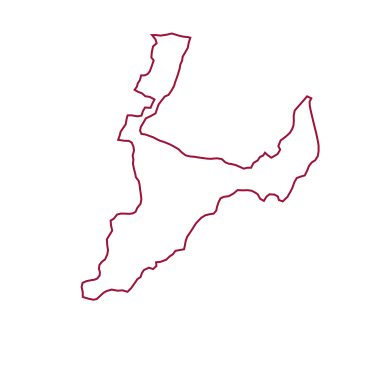 the district of São José de Ribamar, Maranhão, Brazil, rotated 24°
{"feature_id": "56859067B58306550614975", "entity_name": "São José de Ribamar", "entity_type": "district", "adm_level": 2, "iso_a3": "BRA", "parent_name": "Brazil", "parent_adm1": "Maranhão", "projection": "robinson", "projection_center": [-44.138, -2.581], "detail": "fine", "context": "isolated", "style": "outline", "palette": "rose", "viewbox_px": 384, "rotation_deg": 24, "n_neighbors": 0, "source": "geoboundaries", "source_scale": "gbopen_adm2", "svg_char_len": 3012}
<svg xmlns="http://www.w3.org/2000/svg" viewBox="0 0 384 384"><g transform="rotate(24 192 192)"><path d="M127.7,51.7L124.7,52.3L120.6,53.7L116.9,54.4L113.1,54.9L109.1,55.4L105.3,58.3L99.7,61.9L95.5,63.2L91.7,64.9L96.5,67.4L99.2,70.5L97.2,74.8L98.4,80.5L100.2,85.7L103.5,87.4L104.4,98.8L103.5,102.2L101.5,104.6L98.1,106.2L98.9,110.8L98.3,114.9L98.8,118.3L98.0,122.0L101.5,122.4L106.2,122.2L110.4,123.5L114.8,122.3L120.1,122.7L119.8,127.5L119.9,132.0L114.7,133.9L114.3,138.1L114.8,142.7L111.7,144.9L108.6,145.8L105.4,146.6L102.0,148.2L102.5,151.6L103.9,157.1L102.3,165.8L103.0,170.1L103.3,174.4L109.4,172.7L113.5,171.0L116.9,171.4L120.3,174.7L122.2,177.8L123.0,182.9L125.2,186.1L126.6,190.3L130.3,195.4L132.7,198.3L134.6,201.2L138.8,203.6L141.3,206.9L143.4,210.6L145.9,214.4L148.7,219.2L149.8,223.7L148.5,228.5L148.5,233.1L146.6,235.6L143.6,237.5L140.1,238.8L135.9,240.6L132.7,243.1L131.4,248.3L129.3,251.2L131.6,255.4L134.8,259.7L133.5,269.9L136.4,275.4L139.0,279.4L140.0,283.6L140.0,288.9L138.0,292.6L137.1,296.4L138.3,300.1L140.5,302.7L141.6,305.9L140.5,309.8L138.3,312.0L135.4,313.8L131.7,316.5L129.0,319.5L129.8,323.7L132.9,327.9L134.9,332.3L140.8,331.6L145.8,330.5L148.5,328.5L150.5,323.9L152.2,320.0L154.2,317.3L158.4,313.8L164.0,312.5L168.5,310.1L173.7,309.4L175.5,304.6L176.6,299.1L177.6,293.8L179.6,290.6L179.2,286.0L179.9,282.7L183.4,278.7L187.8,278.2L189.6,274.1L187.8,270.8L191.5,268.7L195.9,264.5L197.9,259.7L199.8,256.8L200.8,252.5L205.3,249.4L208.0,247.6L207.3,243.9L206.2,239.4L205.8,234.8L206.7,230.0L207.5,225.0L208.3,219.2L210.9,211.9L213.5,208.0L216.5,205.6L220.6,202.9L221.7,199.1L220.9,195.4L220.4,190.4L220.6,186.2L223.0,183.5L227.5,180.7L230.7,176.2L232.8,171.8L238.0,169.7L241.9,167.8L245.9,166.6L249.7,166.8L252.9,167.3L257.1,170.5L261.3,170.9L261.9,166.0L263.7,162.6L268.4,160.8L272.3,161.2L274.7,164.0L278.7,163.7L281.2,157.7L281.9,150.3L282.0,146.7L281.5,141.6L282.0,136.7L284.6,134.1L288.3,131.0L288.5,125.5L288.3,120.4L289.4,116.3L291.7,112.7L292.3,107.9L291.1,103.4L288.9,98.4L287.2,95.6L284.6,92.0L281.5,87.7L273.7,77.7L267.0,68.9L264.4,65.1L262.7,61.6L262.9,57.9L258.2,57.8L256.9,62.3L252.7,75.8L253.9,81.0L256.1,85.6L257.6,89.8L257.9,93.7L257.4,98.0L255.1,103.4L252.0,108.8L252.2,114.9L255.3,117.4L254.8,122.4L252.5,125.7L250.5,128.4L245.9,127.5L242.7,126.4L242.2,129.7L239.8,132.4L239.2,136.4L236.4,140.4L236.1,145.8L232.7,147.3L229.8,149.6L221.2,149.6L217.2,150.3L213.6,151.3L210.2,151.3L205.8,149.8L201.0,151.1L198.3,152.6L195.6,154.1L191.5,155.6L184.2,157.7L179.4,159.0L175.8,160.3L171.3,161.1L166.5,160.0L162.4,158.4L158.0,157.9L152.7,157.5L148.2,157.6L145.0,157.8L141.7,158.2L138.6,158.1L134.6,157.8L130.3,158.1L126.2,158.4L122.2,159.5L119.6,157.1L118.8,153.5L119.3,149.1L119.9,143.4L123.3,139.6L126.7,135.0L126.2,129.9L125.9,125.5L127.0,120.8L128.3,115.8L131.1,112.8L132.0,107.7L132.5,102.4L132.0,99.1L131.7,94.9L131.4,91.1L130.6,84.7L129.5,80.2L129.5,76.0L128.4,72.0L129.0,67.4L129.5,62.1L128.2,56.5L127.7,51.7Z" fill="none" stroke="#9f1239" stroke-width="2"/></g></svg>